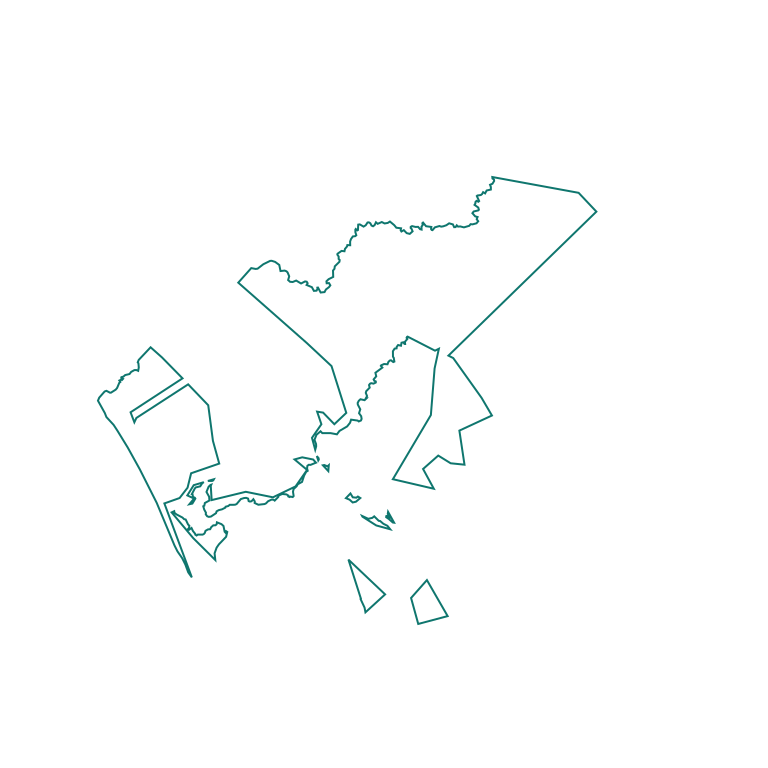 Napranum, Queensland, Australia (Albers equal-area conic projection), rotated 312°
{"feature_id": "25037944B72297710108089", "entity_name": "Napranum", "entity_type": "district", "adm_level": 2, "iso_a3": "AUS", "parent_name": "Australia", "parent_adm1": "Queensland", "projection": "albers", "projection_center": [142.04, -12.587], "detail": "fine", "context": "isolated", "style": "outline", "palette": "teal", "viewbox_px": 768, "rotation_deg": 312, "n_neighbors": 0, "source": "geoboundaries", "source_scale": "gbopen_adm2", "svg_char_len": 6179}
<svg xmlns="http://www.w3.org/2000/svg" viewBox="0 0 768 768"><g transform="rotate(312 384 384)"><path d="M435.0,369.8L442.9,399.6L446.9,401.2L429.4,411.2L392.3,439.6L319.2,454.3L339.5,491.1L347.0,469.9L367.1,472.2L369.7,486.6L377.9,497.8L399.8,471.2L432.8,485.3L439.0,465.8L449.6,418.1L448.2,412.9L654.2,426.5L656.3,400.7L610.3,326.0L609.3,327.1L609.5,328.9L608.6,330.0L605.4,330.6L603.0,329.5L601.9,331.6L600.0,333.3L596.5,330.8L593.3,331.6L592.9,329.3L590.7,329.8L589.2,329.5L586.6,327.3L585.8,327.2L583.6,332.3L582.6,332.2L582.0,330.2L580.4,330.2L579.3,331.1L577.7,331.4L578.2,336.0L577.0,337.9L576.1,337.9L572.2,335.2L570.1,335.4L569.6,339.6L570.7,341.8L568.5,342.6L568.0,345.1L565.3,345.2L561.9,343.0L560.7,341.4L558.6,341.5L553.9,338.6L552.1,335.2L550.5,333.7L550.6,331.9L548.5,332.2L547.5,331.2L548.7,328.4L547.0,324.9L543.7,324.1L540.8,322.5L539.2,321.2L538.5,319.5L534.5,317.0L530.8,317.1L530.4,316.4L530.7,315.2L532.4,314.1L529.4,309.7L530.1,305.0L529.2,304.9L528.0,306.4L526.0,306.6L523.9,308.6L523.2,307.2L523.6,304.2L521.8,302.3L520.1,299.2L518.7,298.7L517.8,299.4L517.8,300.5L516.6,303.1L512.8,302.7L511.3,299.9L511.6,295.8L509.0,294.9L509.4,293.5L511.1,292.5L508.4,288.6L508.9,285.3L508.7,279.7L506.2,279.0L503.7,277.0L502.9,274.0L498.8,272.1L498.8,269.8L495.8,270.7L493.9,270.3L493.4,268.7L494.3,266.3L494.0,264.6L493.0,263.7L489.7,264.2L487.3,263.5L486.4,259.2L485.2,258.2L481.0,261.6L480.2,261.3L480.3,259.3L479.6,259.4L477.7,261.1L476.0,263.9L474.6,263.7L472.8,262.1L469.6,262.5L467.2,263.5L464.5,266.0L462.7,263.8L461.5,264.5L458.3,264.6L456.2,265.8L454.5,263.4L449.7,262.3L448.9,262.8L448.4,265.0L446.6,266.6L446.5,268.1L445.0,269.1L438.5,268.7L436.5,270.1L434.2,270.2L429.6,274.6L424.8,272.7L421.8,272.5L420.5,274.0L422.2,275.6L421.4,278.1L419.2,278.3L415.4,277.6L412.5,278.3L409.6,275.7L411.5,270.4L411.0,270.0L410.1,271.0L408.2,271.4L406.3,269.6L407.7,265.6L405.8,260.2L407.8,259.8L408.3,258.1L407.4,256.7L403.2,255.1L402.1,249.5L398.7,247.9L397.1,245.8L397.1,243.2L400.6,241.5L402.4,237.7L402.5,236.1L401.8,234.3L398.7,231.5L402.4,226.5L401.9,221.4L400.4,218.1L399.3,217.0L392.3,214.2L385.1,212.9L383.6,211.6L381.3,207.8L361.8,207.9L362.8,299.2L362.2,333.0L337.3,375.3L320.9,374.0L322.0,357.9L318.7,352.8L312.2,364.4L295.8,366.5L289.1,376.9L292.3,375.3L293.9,373.7L296.0,369.7L301.1,367.8L306.4,368.5L306.2,371.0L311.7,377.1L315.1,382.7L319.3,382.3L327.8,385.0L332.5,384.7L335.5,383.4L339.2,388.9L339.3,390.3L341.5,391.3L343.1,390.7L344.8,388.6L345.6,385.0L349.3,383.3L351.2,378.3L352.3,377.1L354.6,376.5L356.9,376.7L359.0,380.4L361.9,380.6L361.5,380.0L363.7,379.5L365.2,376.4L366.8,375.6L371.7,375.8L373.2,373.6L374.8,373.4L376.0,373.9L377.3,376.0L379.6,376.9L380.4,376.2L379.9,374.6L380.5,373.2L384.5,373.1L386.6,370.1L395.1,371.8L395.4,369.5L396.0,369.4L398.9,370.7L401.0,373.4L403.4,372.5L405.3,372.6L406.3,373.3L406.5,376.2L407.6,376.7L410.0,373.7L410.3,372.4L414.3,368.7L417.4,368.2L418.9,369.5L420.1,368.6L422.4,368.4L423.8,371.0L426.4,369.4L427.9,370.4L427.5,372.4L427.9,372.9L429.4,371.3L433.1,371.2L433.4,369.9L434.5,369.6L435.0,369.8ZM255.1,186.0L237.8,185.6L235.3,186.5L235.1,187.6L232.2,190.7L229.3,192.5L228.7,190.7L227.3,189.2L223.8,188.0L221.1,188.2L217.5,185.7L215.1,185.4L213.4,184.3L212.8,184.6L213.2,186.6L211.6,186.6L211.2,185.7L209.5,185.0L209.1,186.7L207.7,186.5L202.5,188.3L200.3,188.4L194.9,186.9L194.2,186.2L193.2,182.3L191.5,181.4L183.3,181.5L180.2,182.6L175.6,196.0L173.7,199.8L172.7,210.4L170.9,217.2L165.3,236.1L157.2,259.6L143.6,294.6L123.8,336.4L121.4,342.6L119.5,350.6L116.9,357.2L113.0,364.6L111.7,370.6L148.3,300.7L162.5,308.4L175.5,307.4L188.6,300.4L214.6,314.8L227.3,294.9L250.6,267.6L252.7,238.7L193.1,222.7L188.5,224.1L193.4,214.6L253.4,230.5L255.2,201.2L255.1,186.0ZM169.7,344.1L175.6,345.6L177.4,344.8L179.7,345.6L182.5,347.5L185.9,348.8L186.8,348.4L189.1,349.9L191.0,350.2L194.5,354.0L196.1,354.8L202.7,354.6L205.6,356.3L207.2,357.8L207.9,359.7L206.4,361.8L206.9,363.0L208.2,364.0L211.0,364.0L210.3,366.5L209.0,367.5L210.2,371.4L214.9,375.6L216.4,376.2L219.3,376.3L222.9,377.8L224.1,379.4L224.2,380.8L229.3,381.0L230.6,380.3L234.2,382.0L236.7,385.4L237.1,387.7L236.4,388.1L236.8,389.5L237.8,389.9L238.9,391.8L240.3,391.8L243.0,388.5L245.4,387.1L249.5,387.5L251.8,387.0L256.4,388.6L262.5,385.9L266.7,384.9L268.4,385.4L269.9,383.2L272.0,381.8L273.7,382.2L274.7,383.5L280.0,386.1L280.5,381.9L274.8,372.3L268.1,368.0L268.7,384.3L248.7,386.8L225.5,377.3L211.4,353.4L182.4,333.6L192.4,323.4L193.6,323.0L192.9,322.6L190.3,322.4L185.0,324.3L183.2,329.5L180.6,332.2L175.7,330.5L173.3,331.9L172.2,331.5L170.4,334.4L169.2,337.8L167.9,338.7L167.4,341.1L168.0,342.7L169.7,344.1ZM267.0,547.1L243.1,547.3L228.6,570.0L254.1,586.6L267.0,547.1ZM140.3,376.4L144.8,371.4L150.4,369.1L154.4,368.6L164.8,368.9L169.2,366.5L168.8,364.2L168.2,366.2L167.4,366.4L167.6,364.4L171.1,359.7L171.1,357.0L169.4,352.4L167.7,353.5L166.3,353.3L164.7,351.7L161.9,351.4L159.8,352.0L158.2,350.5L155.5,349.6L153.3,350.5L152.0,350.5L150.7,350.0L147.5,346.4L146.0,346.1L145.8,344.5L146.3,344.1L146.9,340.4L148.2,337.3L145.1,336.6L144.8,335.4L146.4,335.5L148.4,334.2L148.5,332.4L150.6,327.3L149.8,325.9L149.9,323.6L148.2,316.9L148.1,314.4L149.1,313.2L146.5,312.1L141.8,345.5L140.3,376.4ZM208.5,510.5L204.8,519.2L201.9,523.0L228.4,525.6L229.7,475.1L209.0,510.5L208.5,510.5ZM280.2,485.8L280.9,481.4L279.7,477.0L279.6,472.8L278.8,471.6L279.1,465.3L276.7,464.9L273.3,462.5L271.3,456.0L271.0,456.8L273.7,472.9L280.2,485.8ZM164.4,319.8L166.9,321.6L172.6,320.5L172.9,319.5L172.3,317.6L173.9,315.5L173.6,314.9L179.4,313.4L181.0,313.2L185.0,315.9L188.6,315.3L190.5,315.8L181.5,310.3L169.6,312.4L171.8,319.5L164.4,319.8ZM283.4,442.7L282.9,439.9L281.0,439.5L278.9,436.6L280.2,432.3L273.7,432.1L275.0,435.8L275.0,440.0L277.7,441.9L283.4,442.7ZM287.7,484.3L291.7,472.6L290.0,473.7L289.5,476.3L286.9,478.9L287.0,483.3L287.7,484.3ZM282.7,393.0L282.0,400.9L286.7,397.3L285.0,397.1L283.8,393.8L282.7,393.0ZM286.9,477.8L288.4,477.2L288.7,476.4L288.4,474.9L287.4,474.1L286.5,474.7L286.9,477.8ZM194.1,318.0L196.9,321.1L198.1,321.6L199.4,321.3L194.1,318.0ZM285.5,382.3L283.2,386.3L284.2,386.1L285.1,385.0L285.5,382.3Z" fill="none" stroke="#0f766e" stroke-width="2"/></g></svg>